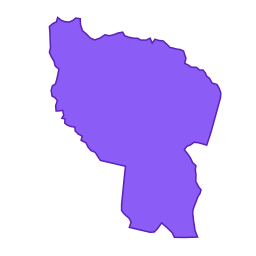 the district of Meleiro, Santa Catarina, Brazil, rotated 186°
{"feature_id": "56859067B77617457657504", "entity_name": "Meleiro", "entity_type": "district", "adm_level": 2, "iso_a3": "BRA", "parent_name": "Brazil", "parent_adm1": "Santa Catarina", "projection": "robinson", "projection_center": [-49.595, -28.833], "detail": "fine", "context": "isolated", "style": "filled", "palette": "violet", "viewbox_px": 256, "rotation_deg": 186, "n_neighbors": 0, "source": "geoboundaries", "source_scale": "gbopen_adm2", "svg_char_len": 1754}
<svg xmlns="http://www.w3.org/2000/svg" viewBox="0 0 256 256"><g transform="rotate(186 128 128)"><path d="M213.5,199.7L214.1,195.1L211.7,190.8L208.5,186.5L206.9,182.1L202.9,179.3L203.3,174.4L204.0,168.3L204.8,164.2L207.6,161.9L208.4,157.4L206.9,151.8L203.6,150.4L201.1,147.7L202.3,142.7L201.3,137.4L198.2,137.8L194.8,138.7L193.3,134.1L194.8,130.8L191.5,130.4L191.5,126.3L188.9,124.6L185.0,123.5L181.0,123.4L180.2,119.5L176.7,116.7L172.7,115.1L173.4,110.8L168.3,108.9L165.7,104.8L162.5,101.7L158.0,100.3L155.6,97.2L152.1,92.9L126.5,89.7L126.5,73.5L126.4,56.1L126.4,51.4L125.8,45.4L123.3,42.5L120.3,40.3L117.5,38.4L115.1,34.7L116.3,29.3L95.1,26.6L91.0,27.3L88.0,31.2L84.7,37.1L81.8,35.1L78.1,32.5L73.1,28.5L70.4,24.1L60.6,25.0L47.4,26.8L50.8,33.5L52.0,38.8L53.1,42.3L53.7,45.8L54.7,49.6L54.8,53.2L54.0,57.1L52.7,61.5L51.4,66.7L49.5,70.6L48.9,74.1L51.3,76.5L55.0,81.9L55.5,88.4L56.7,93.5L56.5,97.6L60.1,100.3L62.7,104.6L65.4,107.9L69.7,112.3L67.6,115.9L64.3,117.6L60.7,120.7L56.3,120.7L51.7,119.9L47.9,119.2L45.1,132.2L39.2,167.6L39.3,172.2L41.1,176.4L44.1,180.6L49.1,181.5L52.1,185.9L55.3,187.9L56.9,190.9L59.5,193.5L62.8,193.1L66.3,195.5L71.4,195.1L74.8,197.0L78.3,198.2L77.7,203.6L79.3,206.9L80.8,210.4L84.4,211.5L88.2,211.6L91.6,212.2L94.8,212.5L97.5,214.9L102.2,218.3L106.6,218.3L110.5,219.1L112.8,214.9L115.4,219.7L119.1,217.3L124.6,216.8L127.7,218.2L131.8,217.9L137.0,218.4L140.9,219.4L143.3,222.8L147.7,221.5L151.8,219.4L156.1,217.8L160.7,218.3L165.2,214.5L170.4,212.1L175.2,213.7L179.0,217.0L183.5,220.1L186.1,226.1L186.9,231.7L191.5,231.9L194.2,229.1L197.8,227.2L202.1,227.2L205.6,228.1L209.5,230.6L210.4,226.0L213.7,224.0L216.8,220.7L215.7,215.2L215.0,210.0L214.4,205.7L213.5,199.7Z" fill="#8b5cf6" stroke="#5b21b6" stroke-width="1.5"/></g></svg>